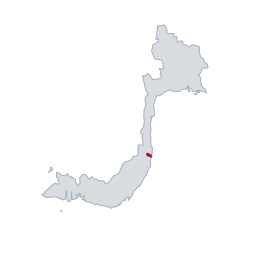 Duy Xuyen, Quàng Nam, Vietnam shown in context, rotated 45°
{"feature_id": "81297802B11134761285152", "entity_name": "Duy Xuyen", "entity_type": "district", "adm_level": 2, "iso_a3": "VNM", "parent_name": "Vietnam", "parent_adm1": "Quàng Nam", "projection": "mercator", "projection_center": [108.241, 15.795], "detail": "fine", "context": "in_parent", "style": "filled", "palette": "rose", "viewbox_px": 256, "rotation_deg": 45, "n_neighbors": 0, "source": "geoboundaries", "source_scale": "gbopen_adm2", "svg_char_len": 4558}
<svg xmlns="http://www.w3.org/2000/svg" viewBox="0 0 256 256"><g transform="rotate(45 128 128)"><path d="M158.7,47.9L156.4,48.0L153.9,50.0L150.8,51.2L150.0,54.7L147.3,56.3L146.1,55.5L143.4,56.3L140.6,55.5L141.6,59.5L138.7,62.6L139.0,64.6L138.3,66.2L133.3,70.6L131.9,70.7L130.8,71.4L128.4,76.6L128.1,81.0L127.0,83.5L125.9,84.5L125.7,85.9L129.4,92.7L131.9,95.5L134.4,96.9L138.0,100.9L137.4,102.0L137.7,104.3L136.0,103.6L136.2,103.9L138.2,105.1L141.3,109.5L146.7,114.0L147.5,116.3L152.7,120.1L152.6,120.6L156.3,123.6L156.7,124.8L159.5,124.6L162.0,128.1L162.8,128.2L163.1,129.6L167.1,135.5L170.6,138.5L172.2,144.0L174.3,148.1L174.3,150.5L177.3,160.6L177.1,161.9L176.5,160.6L176.6,164.4L177.1,166.4L176.9,168.9L179.0,173.6L179.3,178.7L177.8,176.5L176.1,178.0L177.3,181.7L176.0,181.3L176.1,186.2L176.7,187.9L176.5,188.6L175.9,187.3L175.3,189.6L175.8,191.2L174.9,193.0L173.6,193.1L172.9,196.8L170.6,197.1L168.9,198.8L166.8,199.4L162.9,202.5L160.4,203.1L159.1,205.6L156.9,205.9L148.7,210.2L147.7,209.1L146.3,208.8L145.1,206.4L144.3,210.2L143.6,210.4L142.4,209.7L141.2,208.2L139.5,209.2L141.4,209.5L141.9,210.5L141.6,211.7L137.5,211.6L141.2,213.1L142.0,214.2L140.2,216.0L140.2,217.3L139.3,217.9L137.3,216.7L132.9,212.7L138.1,218.4L139.0,221.0L137.8,222.1L136.3,222.2L133.9,220.5L130.0,216.4L128.6,215.9L133.2,221.6L133.9,222.9L133.4,224.4L124.0,228.8L121.5,232.9L118.6,235.3L115.5,236.0L113.8,235.8L115.5,233.7L114.4,232.9L114.8,221.5L115.6,218.5L118.3,217.3L118.3,216.6L117.4,214.9L115.2,214.2L114.2,213.0L112.3,213.4L108.9,210.0L110.9,208.5L114.9,208.2L117.6,205.9L117.3,203.2L117.6,202.9L121.4,203.8L122.7,202.3L127.6,201.7L128.9,203.6L130.1,203.2L132.4,204.5L133.3,204.5L132.8,202.7L133.3,201.1L129.0,197.4L128.9,192.5L130.0,192.3L131.1,190.8L136.6,191.8L136.8,188.0L140.8,187.6L141.7,186.5L144.0,186.2L148.0,182.9L149.6,182.7L150.5,183.6L152.1,182.1L152.8,179.5L151.7,172.5L153.5,166.6L149.7,156.7L150.1,153.2L151.3,152.0L152.5,149.1L152.4,145.9L151.8,144.3L152.8,143.2L154.2,140.3L152.9,138.3L148.9,135.0L147.3,132.4L150.5,130.2L150.6,128.8L144.0,124.3L142.9,121.9L141.4,122.9L140.2,122.3L138.7,120.0L138.0,115.5L137.0,114.8L134.8,111.7L131.1,108.8L126.7,104.0L125.8,102.6L125.2,100.4L123.4,97.9L121.7,97.4L118.6,94.2L118.2,92.8L119.0,90.5L116.9,89.4L113.0,88.3L101.4,80.8L103.8,78.2L103.1,75.8L103.4,75.3L106.6,75.2L111.2,76.2L113.4,74.1L114.4,71.9L116.0,70.2L116.0,69.3L114.8,67.5L112.8,67.4L111.6,64.9L108.1,63.9L110.4,62.2L111.1,60.8L107.9,58.2L104.4,56.3L101.3,57.6L99.0,59.8L97.8,60.1L90.4,57.1L86.8,51.5L88.2,46.9L88.2,45.3L86.8,44.5L86.4,43.4L85.3,45.3L84.2,45.3L83.1,41.9L81.7,41.1L76.7,34.7L78.2,33.4L80.6,29.7L81.5,29.1L86.6,31.5L88.7,33.7L90.8,32.2L90.9,31.5L93.5,28.8L95.8,31.5L97.6,28.6L102.1,32.3L102.8,31.6L103.7,29.0L105.0,28.3L105.9,28.2L107.1,29.7L108.2,29.8L110.3,28.3L112.6,28.0L114.1,26.6L114.5,23.7L115.1,23.2L120.8,20.0L123.1,21.7L124.7,24.2L126.7,24.8L128.8,26.4L130.5,26.2L131.0,25.7L133.1,25.7L134.9,27.4L138.6,26.7L141.9,28.6L140.8,30.8L139.2,31.8L138.7,32.9L138.8,35.3L140.2,36.8L140.3,40.8L141.2,40.4L144.6,41.6L145.9,43.6L147.5,44.7L148.8,44.8L149.9,46.4L151.1,45.9L151.6,46.5L154.0,46.3L155.7,45.7L158.7,47.9ZM103.9,210.3L104.0,212.7L103.2,215.4L102.3,212.4L100.8,210.6L102.8,209.8L103.9,210.3ZM153.5,52.3L151.5,54.1L150.7,54.1L151.7,51.5L153.5,52.3ZM145.5,59.3L144.9,59.4L143.8,58.2L144.4,57.5L145.6,58.0L145.9,58.5L145.5,59.3ZM152.3,56.6L151.5,57.0L150.6,57.0L152.7,55.0L152.3,56.6ZM142.1,56.6L143.0,58.6L141.8,57.6L142.1,56.6ZM147.8,209.5L146.2,211.1L146.1,210.3L147.8,209.5ZM140.1,234.3L139.0,234.3L140.2,233.4L140.1,234.3Z" fill="#d9dde1" stroke="#a8b0b8" stroke-width="1"/><path d="M159.7,132.9L159.8,133.0L159.8,132.9L160.0,132.9L160.0,133.0L160.1,133.3L160.3,133.4L160.5,133.4L160.8,133.3L161.0,133.3L161.1,133.5L161.3,133.6L161.5,133.5L161.5,133.4L161.7,133.2L161.8,133.2L162.0,133.3L162.2,133.2L162.3,133.2L162.5,133.1L162.7,132.9L162.8,132.9L162.8,132.7L162.7,132.6L162.7,132.4L162.8,132.4L162.8,132.2L163.0,132.1L163.3,132.0L163.5,132.1L163.8,132.0L164.0,132.0L164.3,132.0L164.4,131.9L164.4,132.0L164.5,132.0L164.8,132.1L164.8,131.9L164.7,131.7L164.7,131.4L164.4,131.4L164.3,131.5L164.2,131.5L163.9,131.5L163.7,131.5L163.4,131.6L163.3,131.4L163.1,131.4L162.9,131.4L162.9,131.5L162.7,131.6L162.6,131.8L162.4,131.9L162.5,131.8L162.4,131.8L162.4,131.7L162.3,131.8L162.2,131.8L161.9,131.9L161.7,131.9L161.4,131.9L161.3,131.7L161.2,131.7L161.0,131.8L160.9,131.8L160.7,131.8L160.4,132.0L160.2,132.0L160.0,132.3L159.9,132.5L159.7,132.6L159.6,132.8L159.7,132.9Z" fill="#f43f5e" stroke="#9f1239" stroke-width="1.5"/></g></svg>